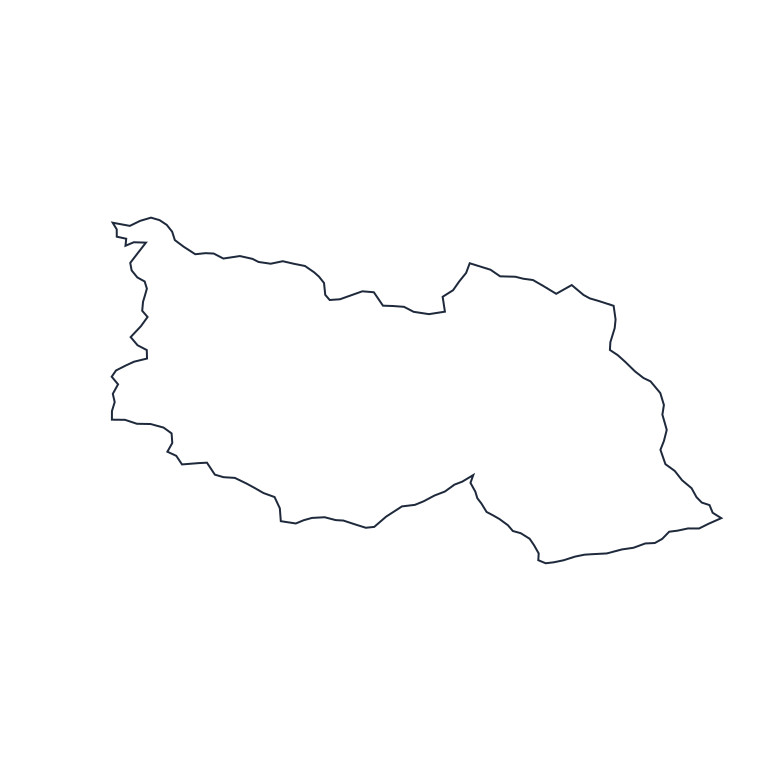 Meridiano, São Paulo, Brazil (Equal Earth projection), rotated 69°
{"feature_id": "56859067B90644311999946", "entity_name": "Meridiano", "entity_type": "district", "adm_level": 2, "iso_a3": "BRA", "parent_name": "Brazil", "parent_adm1": "São Paulo", "projection": "equal_earth", "projection_center": [-50.192, -20.403], "detail": "fine", "context": "isolated", "style": "outline", "palette": "slate", "viewbox_px": 768, "rotation_deg": 69, "n_neighbors": 0, "source": "geoboundaries", "source_scale": "gbopen_adm2", "svg_char_len": 2277}
<svg xmlns="http://www.w3.org/2000/svg" viewBox="0 0 768 768"><g transform="rotate(69 384 384)"><path d="M136.2,579.5L143.9,578.1L150.7,580.7L156.0,572.6L162.3,575.8L162.0,566.8L166.7,555.6L173.4,566.7L180.0,577.5L187.5,578.9L196.1,576.1L202.5,570.7L210.0,571.2L215.6,575.4L220.9,579.5L229.0,583.5L236.7,580.7L242.9,590.2L249.4,603.7L259.5,600.2L267.3,593.3L275.3,596.1L273.6,609.4L274.2,618.6L275.3,629.3L279.6,635.6L289.0,632.4L296.0,640.7L304.4,641.9L311.8,647.7L319.8,650.8L324.6,638.7L332.6,628.9L337.7,616.3L345.7,605.4L354.0,600.0L363.2,602.8L369.6,610.5L376.6,603.7L386.7,601.4L391.3,585.8L394.0,577.5L408.0,574.4L413.5,567.2L418.2,556.9L427.8,547.9L434.6,542.1L442.6,535.6L450.3,526.7L462.7,525.8L475.1,529.5L482.6,516.3L482.4,507.9L483.2,499.3L487.1,487.2L493.8,477.8L496.9,470.9L505.6,460.2L511.7,452.5L513.9,444.3L508.6,429.6L504.7,411.1L507.9,398.5L507.7,389.0L506.2,376.8L506.2,365.7L503.2,354.3L503.2,345.9L501.0,333.3L507.3,338.7L517.3,337.3L524.1,337.8L530.4,335.9L540.2,334.1L545.8,329.2L551.3,324.7L560.3,318.9L567.4,316.4L572.3,309.8L580.7,303.5L588.2,301.7L597.6,300.3L603.8,303.1L609.3,297.3L611.3,289.4L612.9,279.6L613.6,267.5L615.2,258.0L617.6,250.3L622.0,236.8L623.7,221.2L626.3,209.8L626.5,197.2L629.5,188.2L628.3,179.8L624.1,170.7L626.1,162.6L627.8,151.9L631.8,141.6L630.8,131.0L630.1,117.2L622.0,123.3L613.7,123.5L608.6,129.8L601.7,132.8L591.5,134.2L580.7,140.2L569.4,143.7L559.7,150.0L544.5,149.5L537.5,143.1L528.2,136.5L521.8,135.9L512.4,135.1L503.9,130.2L491.5,129.3L477.1,134.2L471.4,139.6L462.3,145.1L449.7,150.9L440.9,155.4L433.2,160.9L426.1,157.7L414.5,148.6L406.8,144.7L393.3,141.6L383.3,154.0L377.8,161.2L372.4,165.8L358.9,173.3L361.5,190.9L349.4,200.3L340.3,207.7L335.6,216.3L330.9,223.0L325.1,237.0L315.5,243.6L302.0,260.7L309.7,267.5L315.2,277.0L321.2,285.9L323.6,298.0L338.3,301.2L334.9,317.0L327.2,330.5L319.1,337.7L314.4,347.7L310.5,356.9L294.7,360.6L289.7,371.0L289.1,394.8L286.1,404.6L279.7,406.9L268.2,403.8L260.5,406.2L254.7,409.2L245.5,415.5L239.5,425.0L233.1,434.5L231.1,446.7L225.1,457.4L220.0,462.0L212.9,472.7L209.3,489.0L201.2,496.2L197.9,503.7L195.2,513.7L184.1,521.8L174.7,527.7L165.9,527.2L157.6,529.8L150.6,534.8L145.2,541.9L144.3,553.2L145.3,564.6L136.2,579.5Z" fill="none" stroke="#1e293b" stroke-width="2"/></g></svg>